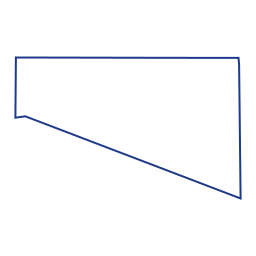 outline of Douglas, South Dakota, United States of America
{"feature_id": "52423323B94061378470924", "entity_name": "Douglas", "entity_type": "district", "adm_level": 2, "iso_a3": "USA", "parent_name": "United States of America", "parent_adm1": "South Dakota", "projection": "robinson", "projection_center": [-98.384, 43.348], "detail": "fine", "context": "isolated", "style": "outline", "palette": "blue", "viewbox_px": 256, "rotation_deg": 0, "n_neighbors": 0, "source": "geoboundaries", "source_scale": "gbopen_adm2", "svg_char_len": 215}
<svg xmlns="http://www.w3.org/2000/svg" viewBox="0 0 256 256"><path d="M160.9,57.8L15.9,57.5L15.4,117.7L25.2,116.3L240.6,198.5L239.1,64.4L238.5,57.9L160.9,57.8Z" fill="none" stroke="#1e3a8a" stroke-width="2"/></svg>